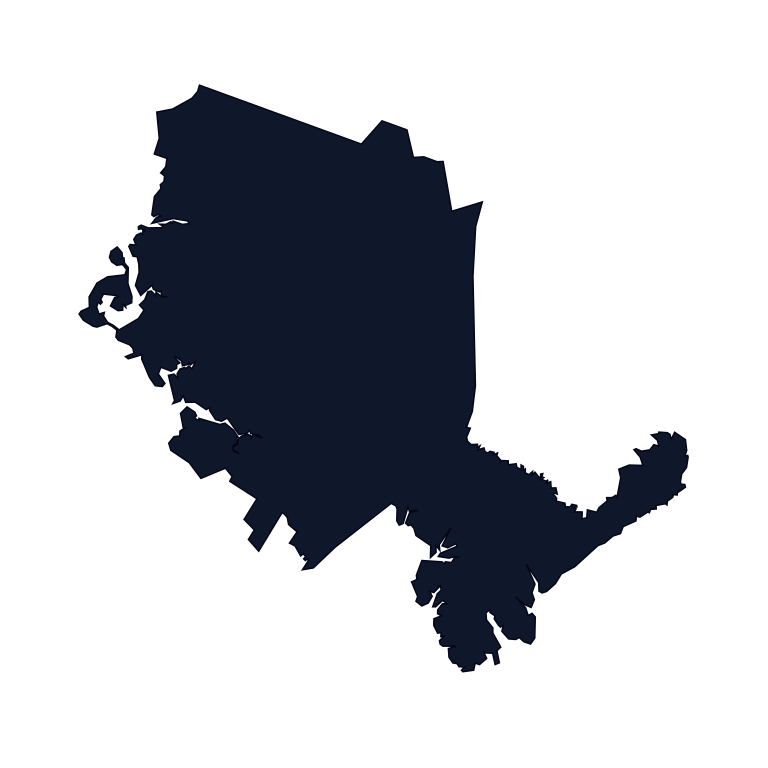 Åtara-Papatoetoe Local Board Area, Auckland, New Zealand, rotated 276°
{"feature_id": "76426892B8082635890344", "entity_name": "Åtara-Papatoetoe Local Board Area", "entity_type": "district", "adm_level": 2, "iso_a3": "NZL", "parent_name": "New Zealand", "parent_adm1": "Auckland", "projection": "robinson", "projection_center": [174.846, -36.985], "detail": "fine", "context": "isolated", "style": "filled", "palette": "ink", "viewbox_px": 768, "rotation_deg": 276, "n_neighbors": 0, "source": "geoboundaries", "source_scale": "gbopen_adm2", "svg_char_len": 6151}
<svg xmlns="http://www.w3.org/2000/svg" viewBox="0 0 768 768"><g transform="rotate(276 384 384)"><path d="M555.0,141.7L546.5,136.1L528.0,135.4L526.5,137.5L528.8,141.4L527.8,144.5L525.9,140.3L519.5,136.3L526.5,157.1L525.6,171.7L523.1,173.4L521.7,166.7L523.9,157.2L522.0,156.8L523.1,155.1L520.0,150.4L519.5,144.2L517.6,147.9L516.2,146.4L514.6,133.1L516.6,125.9L514.8,123.3L512.1,123.7L513.0,126.3L511.9,130.1L511.0,130.4L511.1,128.2L507.5,128.3L508.8,126.5L506.2,122.3L501.7,120.0L496.2,122.8L496.3,117.0L494.2,115.8L484.8,121.1L484.8,125.2L477.6,127.6L469.4,128.8L456.1,126.5L446.6,132.8L458.0,143.0L454.0,144.8L452.1,151.3L453.4,152.7L448.1,153.4L447.9,159.3L447.2,154.2L451.6,147.6L447.9,148.0L452.2,142.8L451.1,139.5L442.7,137.2L437.1,132.5L432.4,137.6L423.4,132.9L410.1,114.9L413.7,109.3L412.6,107.9L409.7,112.7L402.6,112.5L399.7,115.3L396.4,126.8L393.3,130.5L388.5,132.1L384.2,124.0L382.3,127.0L387.7,140.1L383.3,140.5L365.9,150.1L358.4,156.6L358.3,163.8L361.6,166.1L370.4,158.5L377.3,160.3L374.5,171.0L377.9,176.1L381.6,175.8L383.7,178.8L387.5,174.0L389.4,173.6L385.7,180.3L381.0,181.6L383.3,188.0L385.1,186.7L382.7,189.5L387.4,194.5L379.1,191.4L381.5,188.1L378.5,185.1L379.7,184.1L377.5,179.5L372.5,177.2L368.2,178.5L371.9,174.2L370.1,168.7L345.6,177.4L342.4,176.0L345.7,183.0L351.3,185.6L345.0,188.7L346.2,198.2L339.9,209.9L342.4,213.3L339.5,213.3L331.0,220.2L330.0,226.3L333.7,231.7L318.6,244.9L320.6,252.8L323.8,255.2L320.8,256.6L319.9,264.7L317.4,269.1L319.6,258.9L315.9,257.5L318.7,256.8L319.7,254.1L317.4,247.8L313.9,244.9L308.6,244.7L305.7,240.2L301.9,241.5L301.0,246.1L298.8,246.6L301.0,245.6L300.8,242.3L301.6,241.5L303.7,240.5L305.1,240.1L306.5,240.2L310.3,244.3L316.0,243.0L315.7,244.6L322.3,239.3L328.4,229.9L326.6,225.0L330.5,203.5L328.5,203.8L328.9,202.0L330.7,198.9L332.7,200.9L336.2,198.9L340.7,190.5L333.5,184.7L319.8,188.8L319.6,190.7L315.9,186.0L311.0,186.3L309.7,180.6L302.6,176.1L295.8,178.9L285.4,198.5L271.0,211.8L283.7,235.1L276.1,242.6L271.1,240.8L256.6,269.6L234.7,259.0L225.3,270.3L215.2,265.4L204.6,276.9L245.4,296.1L243.9,298.8L241.1,301.8L234.3,303.8L227.9,313.0L215.9,306.6L213.7,312.4L204.3,319.1L206.6,321.4L204.3,324.2L201.7,322.3L200.2,324.3L201.9,325.6L200.6,327.3L190.7,322.3L193.7,333.0L216.5,352.4L266.0,403.6L264.1,408.5L261.0,410.1L249.3,411.0L245.2,413.9L247.2,417.6L264.4,420.7L260.2,422.5L262.0,429.0L261.3,430.5L258.8,422.9L247.9,420.0L245.6,422.9L246.7,425.5L243.7,428.8L236.6,431.7L228.1,447.4L216.2,448.3L222.0,453.4L228.9,452.5L224.3,456.9L229.9,455.7L247.9,465.6L229.1,458.7L227.8,464.6L232.7,472.2L230.1,473.4L221.5,457.7L218.1,456.0L217.6,466.7L219.9,473.3L220.3,477.4L218.1,472.1L213.5,469.7L213.6,463.5L211.4,462.9L213.2,460.3L212.4,440.1L197.1,436.2L193.0,437.1L190.1,432.1L176.1,439.7L171.3,438.5L167.2,444.8L170.8,450.9L177.8,454.1L182.6,451.3L181.8,455.4L189.3,461.2L185.0,462.4L180.9,458.9L167.5,455.7L167.8,458.7L174.8,464.8L172.2,469.7L171.5,465.1L165.0,461.0L161.1,461.3L159.5,465.5L155.8,458.2L149.1,458.7L141.8,463.4L142.7,466.8L138.7,466.9L139.5,469.9L134.4,466.0L131.2,467.0L129.4,470.0L130.8,483.2L127.6,475.7L119.0,477.2L113.8,481.6L113.5,485.9L110.6,488.2L111.1,493.7L107.5,490.9L106.1,492.5L108.7,503.1L115.9,503.9L114.9,508.3L121.8,514.8L128.6,510.7L127.1,512.8L127.6,520.2L116.6,523.8L118.8,527.9L130.5,524.2L134.5,527.6L147.7,518.3L152.9,517.7L160.1,510.6L167.2,509.3L170.6,513.2L167.8,513.3L165.1,518.5L161.9,518.2L155.9,523.2L154.4,525.1L156.5,527.7L150.3,527.1L143.5,534.6L143.7,541.7L146.0,545.1L142.3,549.9L140.7,556.9L147.1,560.5L168.1,558.8L171.4,555.2L168.8,551.6L176.2,548.3L186.4,536.7L179.8,545.5L177.1,553.7L185.2,556.1L191.8,553.0L200.8,555.1L219.6,544.2L202.7,558.6L194.2,559.8L192.7,563.0L194.6,567.3L203.3,575.3L213.7,580.3L222.1,592.7L245.6,613.6L249.0,620.2L256.7,627.5L259.9,634.8L267.1,636.7L274.2,648.9L278.8,648.7L278.4,652.5L284.4,659.9L283.7,661.4L287.2,662.2L288.2,667.8L291.6,667.3L294.3,676.3L293.3,678.1L297.0,678.0L301.5,683.0L304.3,683.4L304.2,687.1L306.5,687.2L312.9,694.6L315.5,693.7L315.5,689.9L317.4,689.0L325.7,689.5L332.5,693.6L343.1,694.1L344.7,693.5L344.0,690.8L349.5,692.0L360.2,689.6L366.4,678.1L359.0,675.5L363.8,673.7L365.2,670.7L364.9,662.4L363.3,662.2L361.3,655.3L356.5,661.9L350.9,663.8L351.9,658.7L346.3,655.2L344.1,647.1L346.0,641.5L344.8,639.4L338.1,646.4L330.1,650.0L329.0,636.3L323.8,626.4L315.6,629.2L295.8,627.6L297.5,626.1L294.8,622.5L294.3,617.3L291.0,618.1L283.4,610.7L278.7,609.0L280.1,599.4L272.1,599.6L270.7,595.0L277.5,594.5L276.7,586.6L279.9,588.1L281.2,584.6L281.8,588.7L283.4,588.3L284.0,583.4L281.3,582.0L280.8,577.4L284.4,576.4L285.5,567.5L288.6,567.6L292.0,564.0L293.4,564.6L292.6,567.8L298.7,565.8L298.0,561.1L304.3,560.0L302.5,556.0L305.9,557.1L304.2,555.3L305.8,550.8L307.7,552.7L308.1,550.8L311.5,551.3L310.9,549.2L306.1,549.3L312.1,543.3L308.9,540.9L312.5,540.9L309.1,537.7L310.4,533.8L314.4,533.4L313.0,531.4L316.7,531.3L317.8,528.8L313.3,529.2L315.1,524.8L318.5,523.8L316.7,516.2L320.6,515.5L320.1,509.1L317.1,507.7L320.1,508.3L324.5,503.7L327.3,504.1L325.1,500.3L327.6,500.6L328.1,496.3L326.1,494.6L327.5,491.4L330.9,490.1L328.5,484.5L332.6,485.9L330.7,483.3L333.8,483.3L332.9,476.9L335.8,473.1L339.8,471.7L349.0,474.5L349.5,470.6L366.0,474.7L391.7,475.1L500.5,461.2L550.2,458.7L575.4,462.8L562.9,433.3L611.5,419.5L610.6,413.6L614.1,399.9L612.4,389.6L639.1,380.3L645.5,354.5L620.2,336.4L661.9,169.2L655.5,168.1L648.2,163.2L635.3,144.9L630.7,129.6L604.8,134.8L588.7,131.5L585.7,144.5L577.3,144.3L570.6,139.8L568.0,144.0L562.3,144.0L558.9,140.7L555.0,141.7ZM421.7,73.4L416.0,78.4L411.0,88.7L410.6,92.6L415.0,102.2L413.3,106.6L414.3,108.0L416.5,102.6L422.2,98.0L426.0,98.4L423.8,93.2L430.5,90.2L435.7,91.2L433.7,93.7L435.8,95.2L438.6,93.5L444.1,95.6L444.0,109.1L442.8,110.2L441.9,107.1L433.0,103.8L429.1,111.9L430.1,116.4L435.9,116.0L433.2,119.2L435.1,118.7L438.4,124.6L444.8,124.2L457.2,118.8L473.2,117.5L477.0,113.4L482.2,112.2L480.7,108.3L482.6,110.7L487.3,109.7L492.4,104.3L487.4,98.7L481.3,97.7L477.0,100.4L474.1,105.9L475.5,111.1L474.1,113.0L470.8,116.1L465.5,114.8L461.7,97.8L454.4,88.0L439.8,81.6L429.4,83.0L424.8,75.2L421.7,73.4Z" fill="#0f172a" stroke="#020617" stroke-width="1.5"/></g></svg>